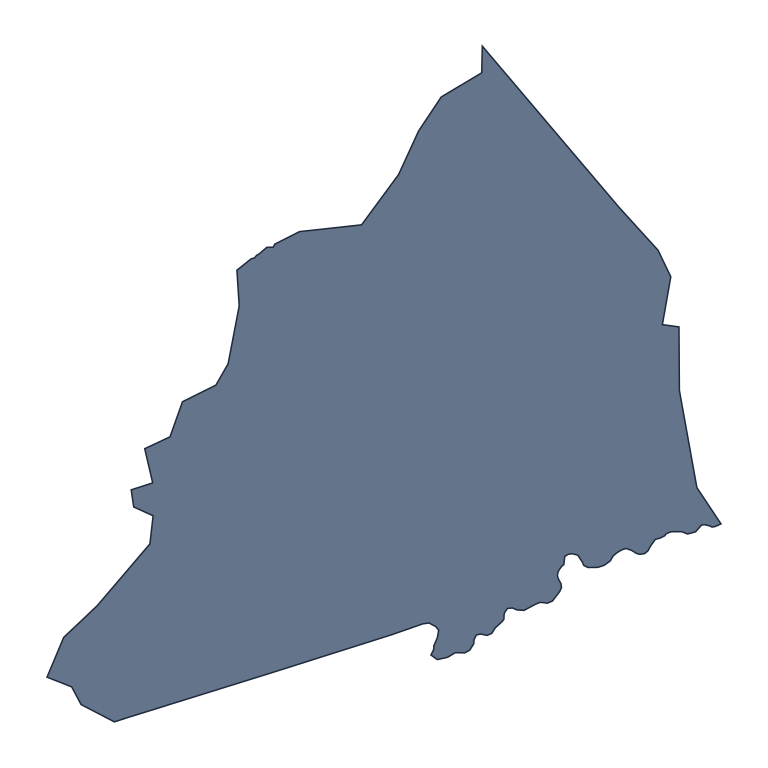 Transylvania, North Carolina, United States of America
{"feature_id": "52423323B19490558712126", "entity_name": "Transylvania", "entity_type": "district", "adm_level": 2, "iso_a3": "USA", "parent_name": "United States of America", "parent_adm1": "North Carolina", "projection": "mercator", "projection_center": [-82.75, 35.225], "detail": "fine", "context": "isolated", "style": "filled", "palette": "slate", "viewbox_px": 768, "rotation_deg": 0, "n_neighbors": 0, "source": "geoboundaries", "source_scale": "gbopen_adm2", "svg_char_len": 1660}
<svg xmlns="http://www.w3.org/2000/svg" viewBox="0 0 768 768"><path d="M721.0,523.9L696.9,487.6L679.4,390.4L679.0,326.9L662.4,324.6L670.8,276.8L658.1,250.3L619.2,207.5L482.3,46.1L481.7,72.8L441.3,96.9L419.5,129.6L418.6,131.0L398.6,174.5L361.6,224.8L299.5,231.6L274.8,244.1L273.2,247.2L266.9,247.3L259.3,253.8L256.5,255.4L254.7,257.8L251.2,258.8L236.9,270.2L239.2,306.0L228.1,363.8L215.9,385.1L182.5,401.7L170.0,436.8L144.7,448.7L152.7,482.9L131.2,489.8L133.7,507.0L153.1,515.8L149.9,543.9L97.1,605.8L63.7,637.4L47.0,677.2L71.7,686.9L81.1,704.6L114.4,721.9L126.6,717.9L269.6,673.4L392.1,634.6L422.7,623.9L429.1,623.0L432.1,624.7L432.2,624.8L435.5,626.4L438.7,630.2L437.3,637.8L434.9,643.3L433.8,645.8L433.8,648.8L432.9,651.2L430.9,655.0L437.3,659.6L447.6,657.3L455.3,652.7L464.8,652.9L469.7,650.2L473.8,643.7L474.0,639.8L476.3,635.1L480.5,634.0L487.0,635.4L491.8,633.4L495.2,627.9L502.1,621.6L503.9,619.2L504.1,614.4L504.9,612.1L507.6,608.4L512.6,608.0L516.8,609.9L524.0,610.4L535.4,604.3L539.9,602.4L543.9,602.7L547.3,603.2L552.5,601.0L559.8,591.4L561.5,587.5L561.0,583.7L558.3,578.7L557.4,575.7L557.7,573.3L558.6,570.8L560.8,567.5L562.6,565.5L563.9,564.6L564.2,561.1L564.8,556.5L568.2,554.3L572.0,553.7L577.7,555.1L580.1,558.7L582.6,562.5L583.7,565.3L587.8,567.5L597.9,567.4L604.2,565.3L610.3,560.9L613.2,555.9L617.0,552.7L621.7,549.9L626.0,548.5L631.6,550.4L636.6,553.5L639.5,554.3L644.5,553.7L648.1,550.7L650.3,546.4L655.4,539.3L659.9,538.2L664.9,535.7L665.6,534.3L667.6,533.1L671.4,531.7L681.7,531.7L687.6,534.0L695.6,531.8L701.5,525.1L704.5,524.7L710.4,526.1L712.0,527.1L715.3,526.5L721.0,523.9Z" fill="#64748b" stroke="#1e293b" stroke-width="1.5"/></svg>